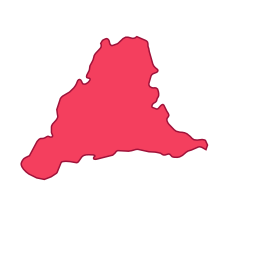 SVG path tracing the border of Alba, rotated 297°
{"feature_id": "ROU-294", "entity_name": "Alba", "entity_type": "County", "adm_level": 1, "iso_a3": "ROU", "parent_name": "Romania", "parent_adm1": "", "projection": "robinson", "projection_center": [23.52, 46.007], "detail": "fine", "context": "isolated", "style": "filled", "palette": "rose", "viewbox_px": 256, "rotation_deg": 297, "n_neighbors": 0, "source": "natural_earth", "source_scale": "10m", "svg_char_len": 2795}
<svg xmlns="http://www.w3.org/2000/svg" viewBox="0 0 256 256"><g transform="rotate(297 128 128)"><path d="M56.2,85.0L55.2,84.8L49.7,81.7L44.2,76.8L42.1,69.3L42.0,60.6L42.6,57.3L43.8,53.7L45.3,51.1L46.7,49.6L48.0,48.9L49.6,48.7L50.9,48.7L52.4,48.9L53.5,49.2L55.2,50.2L58.6,52.8L74.7,53.1L77.3,53.8L78.8,54.7L79.9,56.6L80.5,57.5L81.5,58.4L82.9,59.3L83.9,60.0L84.4,60.8L84.6,62.5L84.8,63.4L85.6,64.4L86.4,64.5L87.3,64.1L88.5,62.6L89.3,61.8L94.0,59.4L95.1,59.0L97.2,59.0L102.4,60.4L104.3,60.6L105.8,60.5L106.9,59.9L108.0,59.0L112.1,56.2L123.6,54.4L125.5,54.8L127.1,55.5L133.5,59.6L139.1,61.5L141.5,61.9L143.6,62.0L147.3,61.7L148.6,62.1L149.3,62.9L149.3,64.0L148.5,65.4L147.5,66.6L146.9,67.7L147.1,68.9L148.0,70.3L150.3,71.7L152.2,72.2L153.8,72.3L154.5,71.9L154.8,71.1L154.5,70.1L154.3,69.2L154.3,68.3L155.0,67.7L156.3,67.3L161.6,67.3L162.9,67.0L165.1,66.2L166.3,65.9L171.4,66.0L173.1,65.9L177.3,65.0L179.6,65.2L186.6,67.2L188.1,67.2L190.0,66.4L190.9,65.3L194.5,65.5L196.1,66.6L197.5,67.8L198.0,68.5L198.1,69.5L197.7,70.7L196.8,71.9L195.4,73.0L194.5,74.0L193.9,75.7L194.5,76.8L198.0,80.1L199.1,80.8L205.4,83.0L207.8,84.7L208.9,86.8L209.9,91.3L210.7,92.6L211.5,93.4L213.4,94.4L214.0,103.8L213.9,105.2L213.4,106.4L212.1,107.5L209.9,108.7L208.2,110.4L205.7,112.3L196.2,121.1L194.9,122.9L194.1,125.0L193.6,127.5L193.1,128.4L192.2,128.7L191.3,128.6L190.2,127.9L188.2,126.1L187.2,125.4L186.2,125.0L184.8,124.9L177.0,126.4L175.6,127.3L174.8,128.6L174.7,130.9L175.2,132.4L176.0,133.7L176.4,134.9L176.1,136.6L174.4,138.4L172.8,139.6L171.1,140.5L169.8,140.8L168.7,140.7L167.8,140.6L167.0,140.7L165.2,141.1L164.1,140.9L163.1,140.5L162.1,139.8L161.0,139.3L160.0,139.1L158.8,139.2L158.0,139.5L157.4,140.3L157.9,145.0L158.7,145.9L159.8,146.3L162.7,147.0L164.0,147.6L164.8,148.4L164.6,149.6L160.7,154.8L159.2,157.3L158.4,158.2L157.7,158.7L156.5,158.8L154.8,158.5L153.9,158.5L153.2,158.8L152.3,159.3L151.4,160.3L150.7,161.2L149.9,162.7L147.4,169.9L147.0,172.4L147.8,176.1L148.7,178.1L149.4,180.5L149.6,183.1L148.7,187.3L147.8,189.8L147.5,192.1L148.6,195.1L151.4,199.3L152.0,201.2L152.1,202.6L148.9,206.6L144.1,207.3L144.3,202.6L144.1,201.5L143.7,200.1L142.9,199.2L137.2,194.5L134.8,192.0L132.8,190.8L128.4,189.0L125.7,187.1L124.3,185.3L123.1,182.8L122.6,181.4L122.5,180.2L122.9,179.1L123.3,178.0L123.6,177.1L123.2,175.8L120.8,173.3L120.2,172.2L120.0,171.0L120.3,168.4L119.8,166.3L118.9,163.2L116.3,157.3L113.5,146.5L112.5,144.8L109.5,141.6L107.6,139.0L103.2,129.1L101.9,128.2L99.7,127.8L96.9,126.7L86.0,114.2L85.2,113.0L84.9,112.0L85.0,111.4L85.5,111.0L86.2,110.8L87.1,111.0L87.9,111.3L88.4,110.8L88.3,109.3L86.4,105.2L85.1,102.9L83.6,101.2L82.4,100.4L81.0,99.9L75.9,99.2L74.5,98.8L73.7,97.9L71.8,91.7L70.1,87.7L68.8,85.6L67.8,84.4L66.6,84.1L56.2,85.0Z" fill="#f43f5e" stroke="#9f1239" stroke-width="1.5"/></g></svg>